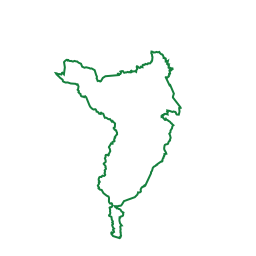 outline of Chichiquila, Puebla, Mexico, rotated 149°
{"feature_id": "50627088B29125905034403", "entity_name": "Chichiquila", "entity_type": "district", "adm_level": 2, "iso_a3": "MEX", "parent_name": "Mexico", "parent_adm1": "Puebla", "projection": "equal_earth", "projection_center": [-97.065, 19.207], "detail": "fine", "context": "isolated", "style": "outline", "palette": "green", "viewbox_px": 256, "rotation_deg": 149, "n_neighbors": 0, "source": "geoboundaries", "source_scale": "gbopen_adm2", "svg_char_len": 5839}
<svg xmlns="http://www.w3.org/2000/svg" viewBox="0 0 256 256"><g transform="rotate(149 128 128)"><path d="M191.9,37.9L191.4,38.0L191.2,38.5L190.8,38.2L190.1,38.7L190.0,39.1L189.4,39.3L189.0,40.6L188.0,42.3L188.1,42.7L187.9,42.8L187.3,44.1L186.5,44.9L185.5,47.4L184.3,48.0L183.6,47.7L183.9,50.4L183.1,52.9L181.8,55.0L181.6,55.0L181.2,55.7L180.8,55.4L180.6,55.7L179.6,55.8L178.9,55.5L177.4,55.5L176.3,56.8L176.2,57.5L175.5,57.9L176.6,59.8L176.5,61.6L177.0,62.9L177.6,63.3L178.4,64.8L179.0,64.9L179.1,66.1L179.6,66.6L179.6,67.8L176.9,66.1L175.6,65.9L175.2,65.5L174.0,65.1L172.7,65.5L169.1,67.4L157.8,65.2L154.2,66.1L152.5,67.6L152.2,67.2L151.0,66.7L149.7,66.9L148.8,68.8L147.6,69.6L146.6,70.0L146.3,69.9L145.8,70.1L145.3,69.8L143.7,70.3L143.6,69.6L142.9,69.7L131.6,77.3L131.1,78.2L129.4,79.0L127.3,81.0L125.9,81.5L123.6,81.4L122.8,81.8L121.9,81.5L121.6,81.9L117.2,82.2L116.5,81.8L115.8,81.8L115.6,82.3L115.2,82.4L115.1,82.8L113.9,83.8L113.4,84.1L113.0,84.1L112.7,84.7L111.8,85.0L111.8,85.3L111.3,85.8L110.9,85.8L110.5,86.1L110.2,86.9L108.4,86.2L108.1,87.6L108.0,90.8L107.4,92.1L105.8,94.0L105.1,94.5L104.2,94.5L102.3,93.8L101.6,94.0L101.0,94.7L99.9,95.4L98.5,95.6L98.4,96.1L96.5,97.6L95.7,100.2L95.6,101.8L93.8,102.5L92.9,103.9L90.4,105.1L89.5,106.2L88.1,107.1L87.7,107.1L88.2,108.5L88.2,109.4L88.6,109.9L88.8,111.6L89.2,112.6L89.6,113.0L90.0,114.4L90.8,115.4L90.8,116.3L91.8,115.7L92.2,116.0L92.6,118.7L93.2,119.9L93.1,120.4L93.4,120.4L93.1,121.0L92.2,121.0L91.9,120.7L91.6,121.3L91.0,120.9L90.6,121.1L90.0,120.9L89.6,121.3L88.8,121.0L87.1,119.3L86.9,120.1L86.2,120.7L86.1,121.5L85.6,121.3L85.3,121.9L85.6,122.0L85.3,122.8L83.5,121.2L81.7,118.9L80.5,118.7L80.0,118.0L79.5,117.8L79.1,117.2L79.1,116.3L79.4,115.4L79.2,114.4L77.6,113.3L75.4,115.5L73.9,118.7L72.5,118.2L72.4,118.8L73.8,131.0L73.3,131.8L71.0,133.8L69.7,143.1L70.4,143.1L69.6,151.3L69.2,151.1L69.1,151.8L67.8,151.0L66.4,151.2L66.1,152.0L65.4,152.4L65.1,152.9L64.8,152.7L64.6,153.3L63.8,153.2L62.9,155.8L62.4,155.5L62.1,156.0L61.6,155.2L61.0,155.2L59.8,155.9L59.4,155.7L59.2,156.2L60.4,157.1L60.8,157.0L60.8,157.7L61.4,158.7L62.1,158.8L62.0,159.2L60.6,160.7L61.0,161.1L60.8,161.4L61.2,162.2L60.8,162.2L61.3,162.7L61.2,163.2L60.6,163.5L59.4,164.8L60.1,164.7L60.2,165.1L60.7,164.8L61.5,165.5L59.9,168.1L60.3,168.8L60.6,168.5L60.9,169.5L61.4,169.7L60.9,170.7L60.6,172.7L60.9,173.6L61.3,173.8L61.6,174.3L62.0,175.8L62.0,177.1L63.3,177.4L64.5,178.6L65.5,178.7L67.2,179.5L67.6,180.6L68.5,181.4L69.5,180.2L69.6,178.6L70.4,176.9L70.4,176.3L72.5,173.5L73.4,172.8L73.8,173.0L74.4,172.5L75.8,172.0L77.4,173.1L78.2,172.7L78.7,172.7L80.1,174.0L81.0,173.6L81.8,173.8L82.2,174.3L82.6,174.4L83.1,174.3L84.0,173.4L84.3,172.7L85.5,173.9L86.3,173.3L87.4,173.7L88.1,175.9L88.6,176.3L89.1,175.9L89.5,174.5L90.0,173.6L91.6,173.1L91.9,172.7L91.9,172.1L92.1,171.9L92.6,173.0L95.1,174.1L95.6,175.4L95.9,175.4L96.1,174.1L96.4,174.1L97.0,174.2L97.9,175.2L98.5,175.2L99.3,176.2L100.9,176.5L101.4,176.9L102.7,177.2L103.0,177.6L103.1,179.4L104.4,180.1L105.4,180.3L105.4,179.2L106.1,178.5L106.8,178.2L107.8,178.6L108.3,179.6L108.6,179.7L108.8,178.2L120.7,184.0L123.8,183.9L127.1,182.1L127.9,182.2L128.2,183.0L129.2,183.8L129.7,183.8L129.8,184.1L129.3,186.1L129.4,186.6L128.5,187.6L128.1,188.3L128.1,189.4L126.8,194.7L128.5,197.8L129.8,198.4L130.2,199.2L132.6,201.6L134.3,202.1L135.7,204.2L135.2,207.3L136.7,209.4L137.3,211.2L138.0,211.6L139.4,213.1L140.6,213.2L141.4,213.7L142.1,214.7L143.3,215.3L144.3,216.6L144.9,216.8L144.9,217.2L144.6,217.4L145.6,218.1L147.9,217.8L148.9,217.4L150.9,212.5L155.3,207.0L155.8,209.2L156.3,209.2L157.6,208.2L158.8,209.4L160.4,210.4L160.9,211.5L161.6,212.1L161.6,210.4L161.1,209.7L161.1,208.7L160.8,208.2L160.4,206.1L159.3,203.4L159.2,202.9L159.7,201.7L159.5,201.0L158.1,199.1L156.2,198.1L154.2,195.7L150.2,192.9L149.6,191.6L149.1,191.7L148.7,191.4L149.0,189.1L150.7,187.1L151.5,186.7L151.1,185.0L152.0,184.2L151.7,183.7L151.9,182.8L151.2,181.7L151.7,180.2L151.7,179.5L151.4,178.9L150.7,178.2L150.3,178.2L149.7,177.0L148.4,177.3L148.0,175.8L149.4,166.9L149.4,165.1L148.7,162.7L148.2,161.9L147.8,161.4L146.5,161.1L146.1,160.4L146.2,159.3L146.5,158.2L146.1,158.0L145.4,156.8L145.4,155.2L144.3,154.2L143.9,154.9L143.2,155.0L142.8,153.9L142.1,153.3L141.9,152.7L142.5,149.6L142.5,148.6L142.1,148.6L141.2,147.8L140.4,145.9L139.7,145.2L138.9,145.0L138.5,141.7L137.6,141.9L137.6,141.0L137.0,139.5L136.8,138.5L138.8,135.6L139.6,135.3L140.1,135.5L140.4,135.0L140.0,134.6L140.3,134.0L140.3,133.3L139.6,132.6L139.4,131.9L139.8,131.1L139.7,129.9L140.7,128.1L141.3,128.1L144.1,127.0L144.0,126.3L145.7,125.5L146.3,123.7L146.8,123.6L147.4,124.0L148.7,123.9L149.3,122.5L149.8,122.7L150.5,123.5L153.2,121.9L153.8,121.8L154.3,121.3L154.3,119.7L155.1,117.3L157.2,116.0L158.0,115.7L158.3,114.8L159.0,114.6L159.6,115.6L160.5,116.2L160.9,116.3L161.4,116.0L162.2,114.6L163.4,114.0L163.8,111.9L164.4,110.7L164.9,110.3L166.5,110.2L167.3,109.8L166.9,106.9L167.2,106.2L167.7,105.8L167.7,104.8L168.3,104.1L169.5,103.9L169.9,103.6L170.2,102.3L171.4,101.4L171.5,99.9L171.9,99.4L173.2,99.2L174.4,100.3L175.6,100.0L176.0,99.7L177.1,100.5L178.0,100.5L179.5,99.3L180.0,98.3L179.9,96.6L180.1,96.3L181.0,96.5L181.6,95.1L183.5,94.2L183.7,92.9L183.4,92.1L183.6,91.6L184.1,91.7L184.4,91.4L183.7,89.5L182.5,88.5L182.6,84.8L181.1,80.9L180.0,79.3L180.3,77.8L182.0,75.2L182.4,74.2L182.3,72.5L182.0,72.2L181.0,72.1L180.7,71.6L180.8,70.9L181.5,69.4L182.3,68.8L183.1,68.7L184.0,69.3L184.8,69.2L185.6,66.7L186.4,65.8L186.8,64.5L187.7,63.4L189.2,63.0L189.4,62.5L189.2,62.1L188.0,60.5L188.0,60.2L189.1,57.8L189.1,55.7L189.3,55.4L189.7,55.5L190.3,55.1L190.1,53.7L190.4,53.3L191.5,53.1L191.7,52.7L192.1,50.4L191.8,48.9L192.6,48.9L193.4,48.4L193.2,46.9L193.5,46.1L194.2,46.3L194.7,45.9L195.2,45.9L195.9,47.0L196.3,46.8L196.7,46.0L196.8,45.2L196.5,44.0L196.5,43.1L191.9,37.9Z" fill="none" stroke="#15803d" stroke-width="2"/></g></svg>